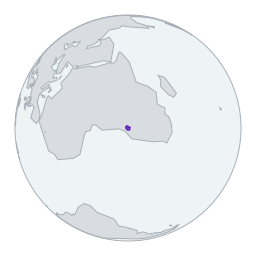 the Earth from above Huambo, rotated 297°
{"feature_id": "AGO-1890", "entity_name": "Huambo", "entity_type": "Province", "adm_level": 1, "iso_a3": "AGO", "parent_name": "Angola", "parent_adm1": "", "projection": "orthographic", "projection_center": [15.812, -12.604], "detail": "fine", "context": "on_globe", "style": "filled", "palette": "violet", "viewbox_px": 256, "rotation_deg": 297, "n_neighbors": 0, "source": "natural_earth", "source_scale": "10m", "svg_char_len": 5566}
<svg xmlns="http://www.w3.org/2000/svg" viewBox="0 0 256 256"><g transform="rotate(297 128 128)"><circle cx="128" cy="128" r="113" fill="#eef3f6" stroke="#a8b0b8"/><path d="M64.4,35.0L64.1,35.3L62.5,36.4L60.1,38.1L64.4,35.0ZM53.2,43.8L52.1,44.8L51.0,45.8L53.2,43.8ZM17.5,106.2L16.9,109.6L18.2,103.1L17.9,105.3L19.9,102.4L19.4,104.1L20.9,109.4L24.5,110.4L25.3,114.6L24.7,117.8L26.4,117.8L26.4,119.8L35.0,119.7L40.8,123.1L41.6,129.9L38.7,138.9L40.6,156.6L36.6,164.3L38.7,171.5L40.9,183.0L38.0,183.8L42.0,188.1L43.1,191.8L42.1,193.0L44.7,196.5L44.1,197.3L46.5,199.0L49.7,204.4L53.6,207.5L57.0,211.7L59.6,213.5L59.3,213.7L60.2,214.8L61.6,215.9L59.1,215.1L53.6,211.0L51.1,208.3L50.7,208.4L44.8,201.6L45.9,203.3L38.2,194.2L33.0,185.9L22.3,163.5L20.6,159.7L19.1,156.6L18.3,153.8L16.8,145.9L15.8,138.0L15.4,130.0L15.5,122.1L16.2,114.1L17.5,106.2ZM64.7,217.3L60.0,215.7L62.0,216.2L60.0,213.9L63.7,215.5L64.7,217.3ZM60.2,211.0L59.9,209.4L60.8,209.8L61.2,211.0L60.2,211.0ZM163.9,21.2L165.3,21.7L166.0,22.0L165.2,21.7L173.0,24.7L180.5,28.3L187.7,32.5L194.6,37.1L201.1,42.3L207.2,47.9L212.9,54.0L218.1,60.4L222.9,67.3L227.1,74.4L230.8,81.9L233.9,89.6L236.4,97.5L238.4,105.6L237.0,100.1L238.4,107.6L240.0,116.2L240.6,124.8L240.2,120.8L239.4,113.2L238.7,109.9L237.6,103.2L234.5,92.5L234.0,92.9L232.9,89.0L228.6,79.8L227.2,80.3L225.8,87.7L227.6,97.7L226.2,101.2L219.5,85.1L215.8,75.4L213.8,75.5L206.6,66.7L195.3,63.7L193.3,61.3L191.3,61.9L186.1,59.0L182.9,55.2L179.9,55.1L188.4,65.1L191.6,65.4L193.6,62.4L195.4,66.0L200.4,69.9L196.4,77.3L179.0,82.7L176.7,75.3L160.1,55.8L160.2,53.9L160.1,53.7L159.9,53.3L159.0,56.3L155.9,52.9L165.5,65.6L167.4,71.3L178.8,83.1L177.9,84.2L181.4,86.9L191.7,85.5L191.9,88.0L187.4,99.1L172.6,114.5L174.2,126.6L172.5,137.0L162.5,143.3L162.6,151.8L157.3,154.5L156.4,159.4L151.7,164.5L144.2,169.3L132.2,169.4L132.0,164.8L126.9,156.2L120.1,136.1L123.8,126.9L123.0,120.1L114.2,105.7L116.2,97.7L113.7,94.6L108.7,95.7L105.7,92.1L102.6,92.2L82.7,97.2L76.3,93.2L68.0,80.2L71.3,74.0L71.4,67.8L94.1,45.2L99.6,45.6L118.2,41.9L120.6,42.4L119.1,46.5L133.6,51.4L137.4,47.8L149.9,51.1L157.8,51.4L159.4,43.9L146.5,43.1L143.6,39.5L153.4,37.0L164.6,38.5L163.9,37.2L156.2,33.8L158.2,31.9L153.5,32.5L155.9,33.9L153.0,34.4L150.7,33.3L151.5,32.6L148.0,31.8L145.0,35.9L147.1,37.7L138.2,38.3L140.8,41.6L138.5,43.1L133.4,38.3L133.5,36.5L124.3,32.1L123.5,33.9L132.0,38.3L129.6,38.0L128.4,41.0L127.4,38.5L118.3,33.7L109.9,35.4L100.1,43.6L95.0,44.9L90.3,44.2L92.9,36.7L104.1,34.7L105.1,32.6L102.1,30.2L105.7,30.0L105.8,29.0L110.0,28.4L115.0,25.6L119.0,25.1L120.3,22.5L122.5,22.0L121.1,23.6L122.4,24.7L132.4,24.3L134.1,23.8L134.1,22.2L136.9,22.5L135.6,21.1L141.0,20.8L133.3,20.2L133.1,18.9L135.9,18.1L134.4,17.7L129.8,19.0L129.2,19.8L130.9,20.5L128.1,23.0L124.8,23.6L122.6,20.9L117.7,21.6L118.1,19.6L130.3,16.4L135.8,16.2L146.4,18.0L145.6,18.3L141.3,17.8L146.0,19.2L145.2,18.6L147.5,19.1L147.9,18.4L149.5,18.7L147.1,17.7L149.1,18.0L150.7,18.7L153.0,18.5L157.0,19.4L156.8,19.2L155.3,18.8L161.4,20.5L161.0,20.3L158.8,19.7L157.3,19.2L163.9,21.2ZM87.1,55.4L86.7,57.1L87.1,55.4ZM177.1,44.7L183.4,46.1L179.4,41.2L181.5,41.5L179.3,39.9L179.1,40.9L173.7,36.8L176.0,36.1L174.6,34.4L172.4,33.9L169.1,35.8L176.8,41.5L175.9,43.0L177.1,44.7ZM20.0,102.2L20.1,103.2L19.6,103.6L20.0,102.2ZM22.0,90.2L21.6,91.3L22.0,90.2ZM21.8,90.4L21.8,90.5L21.2,92.2L21.8,90.4ZM58.1,40.0L55.9,42.0L56.8,41.0L55.1,42.3L55.0,42.2L61.6,37.0L58.6,39.3L58.1,40.0ZM102.4,24.9L104.1,25.2L102.9,26.4L97.7,27.9L99.4,26.1L102.4,24.9ZM106.7,25.4L105.9,22.8L109.1,22.0L107.4,22.8L109.6,22.6L107.6,23.9L111.4,26.1L110.5,27.3L101.4,29.0L104.9,27.6L103.1,27.3L106.7,25.4ZM98.3,20.4L98.0,20.1L105.3,18.8L104.7,19.3L99.6,20.6L97.2,20.8L98.3,20.4ZM110.6,16.7L110.4,16.7L107.5,17.2L106.7,17.4L105.7,17.6L105.3,17.8L104.3,17.9L102.4,18.4L104.3,18.1L89.4,22.2L83.9,24.5L79.8,26.4L78.7,26.8L79.8,26.2L87.2,23.0L94.9,20.3L102.7,18.2L110.6,16.7ZM123.0,40.8L124.8,40.9L127.5,40.7L126.9,42.7L123.0,40.8ZM116.7,37.6L118.3,37.2L118.7,39.6L116.8,39.7L116.7,37.6ZM118.8,35.2L118.3,37.0L117.5,36.0L118.8,35.2ZM122.6,23.3L124.2,23.1L124.5,23.4L123.8,24.0L122.6,23.3ZM129.0,15.4L128.6,15.4L127.1,15.4L129.0,15.4ZM157.4,45.0L155.4,46.3L154.1,45.5L155.1,45.2L157.4,45.0ZM140.6,44.1L144.6,45.1L140.3,44.6L140.6,44.1ZM187.6,200.7L187.3,202.6L186.0,202.4L187.6,200.7ZM189.8,137.4L181.0,155.3L176.3,154.8L176.1,149.1L179.8,138.0L185.6,135.5L188.6,130.9L189.8,137.4ZM239.6,143.1L239.8,140.9L240.0,139.4L240.0,140.1L239.6,143.1ZM240.1,139.2L240.2,131.5L238.2,113.0L239.0,114.4L240.6,127.0L240.5,128.3L240.5,134.0L240.1,139.2ZM228.0,98.8L230.1,105.6L229.1,106.1L228.0,98.8ZM149.1,17.4L149.7,17.5L152.8,18.2L148.3,17.3L147.1,17.0L149.1,17.4Z" fill="#d9dde1" stroke="#a8b0b8" stroke-width="1"/><path d="M127.9,125.7L128.0,125.8L128.3,125.8L128.5,125.7L128.7,125.8L128.8,125.8L129.0,125.9L129.0,126.0L129.2,126.3L129.3,126.3L129.3,126.5L129.5,126.6L129.5,126.8L129.4,126.8L129.3,127.0L129.1,127.2L129.1,127.3L129.1,127.5L129.1,127.8L128.9,127.9L128.9,128.0L129.0,128.0L129.2,128.3L129.3,128.3L129.3,128.5L129.4,128.9L129.4,129.1L129.4,129.3L129.4,129.5L129.2,129.5L128.9,129.5L128.9,129.4L128.8,129.5L128.7,129.5L128.4,129.6L128.2,129.6L127.9,130.0L127.7,130.1L127.5,130.3L127.4,130.3L127.4,130.2L127.2,130.0L127.1,129.7L126.7,129.6L126.4,129.4L126.3,129.2L126.3,128.9L126.2,128.7L126.1,128.4L126.1,128.2L126.3,128.0L126.3,127.9L126.5,127.9L126.5,127.7L126.5,127.2L126.7,126.9L126.9,126.8L127.0,126.8L127.1,126.7L127.2,126.4L127.2,126.2L127.2,125.9L127.4,125.9L127.5,125.8L127.8,125.8L127.9,125.7Z" fill="#8b5cf6" stroke="#5b21b6" stroke-width="1.5"/></g></svg>